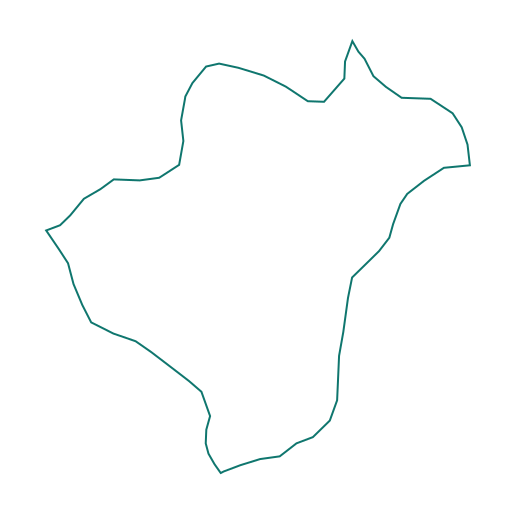 Hoeyang, Kangwŏn-do, North Korea (orthographic projection), rotated 2°
{"feature_id": "82179303B10482682881188", "entity_name": "Hoeyang", "entity_type": "district", "adm_level": 2, "iso_a3": "PRK", "parent_name": "North Korea", "parent_adm1": "Kangwŏn-do", "projection": "orthographic", "projection_center": [127.64, 38.756], "detail": "fine", "context": "isolated", "style": "outline", "palette": "teal", "viewbox_px": 512, "rotation_deg": 2, "n_neighbors": 0, "source": "geoboundaries", "source_scale": "gbopen_adm2", "svg_char_len": 1012}
<svg xmlns="http://www.w3.org/2000/svg" viewBox="0 0 512 512"><g transform="rotate(2 256 256)"><path d="M179.5,101.7L176.4,123.1L179.4,143.6L176.0,167.6L156.5,181.2L137.1,184.5L111.2,184.4L98.2,194.6L82.0,204.8L68.9,221.9L59.1,232.1L45.4,237.8L58.8,256.1L68.4,269.8L74.6,290.4L84.1,311.0L93.6,328.1L116.2,338.5L138.7,345.4L154.8,355.8L174.1,369.5L193.4,383.3L206.2,393.6L215.7,417.6L212.4,431.3L212.3,445.0L215.4,455.2L221.8,465.5L228.3,474.1L231.4,472.4L247.7,465.6L267.2,458.8L286.7,455.4L303.0,441.8L319.2,435.0L335.5,417.9L342.1,397.4L342.3,376.8L342.5,352.9L345.9,328.9L349.4,294.7L352.8,274.1L365.8,260.5L378.8,246.8L388.6,233.1L391.9,219.4L398.5,198.9L405.0,188.6L421.3,175.0L440.7,161.3L466.6,157.9L463.5,137.3L457.1,120.2L447.5,106.5L425.0,92.8L396.0,92.8L380.0,82.5L367.1,72.2L357.6,55.1L351.2,48.2L344.8,37.9L338.2,58.5L338.1,75.6L318.6,99.5L302.4,99.5L279.9,85.7L257.5,75.4L231.7,68.5L212.4,65.0L199.5,68.4L186.4,85.4L179.8,99.1L179.5,101.7Z" fill="none" stroke="#0f766e" stroke-width="2"/></g></svg>